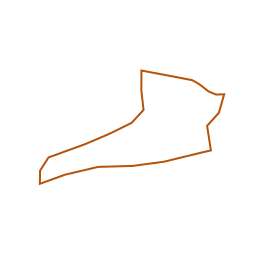 the border of Castries, rotated 70°
{"feature_id": "LCA-5077", "entity_name": "Castries", "entity_type": "Quarter", "adm_level": 1, "iso_a3": "LCA", "parent_name": "Saint Lucia", "parent_adm1": "", "projection": "robinson", "projection_center": [-60.977, 13.961], "detail": "fine", "context": "isolated", "style": "outline", "palette": "amber", "viewbox_px": 256, "rotation_deg": 70, "n_neighbors": 0, "source": "natural_earth", "source_scale": "10m", "svg_char_len": 439}
<svg xmlns="http://www.w3.org/2000/svg" viewBox="0 0 256 256"><g transform="rotate(70 128 128)"><path d="M78.6,95.7L105.0,51.3L110.7,46.4L121.3,39.7L126.7,33.8L129.2,26.1L144.8,37.4L153.0,52.9L177.4,57.8L176.1,68.4L172.0,105.7L165.2,136.7L154.3,169.4L150.3,203.5L150.3,229.9L138.0,225.2L128.5,212.8L128.5,189.5L128.5,174.0L127.1,147.6L124.4,122.8L116.3,107.2L97.2,102.6L78.6,95.7Z" fill="none" stroke="#b45309" stroke-width="2"/></g></svg>